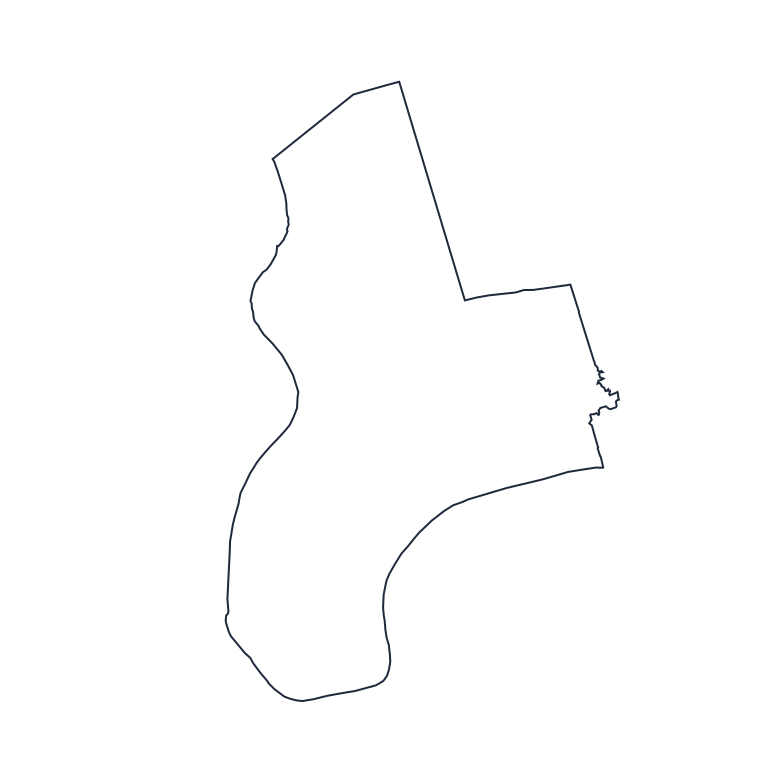 Sabach Sanjar, North Bank, Gambia, rotated 73°
{"feature_id": "56634734B86795933582352", "entity_name": "Sabach Sanjar", "entity_type": "district", "adm_level": 2, "iso_a3": "GMB", "parent_name": "Gambia", "parent_adm1": "North Bank", "projection": "albers", "projection_center": [-15.427, 13.542], "detail": "fine", "context": "isolated", "style": "outline", "palette": "slate", "viewbox_px": 768, "rotation_deg": 73, "n_neighbors": 0, "source": "geoboundaries", "source_scale": "gbopen_adm2", "svg_char_len": 2907}
<svg xmlns="http://www.w3.org/2000/svg" viewBox="0 0 768 768"><g transform="rotate(73 384 384)"><path d="M136.3,424.7L139.4,423.9L150.4,423.5L160.1,423.4L168.4,423.4L168.7,423.4L174.6,423.4L182.8,424.6L188.3,426.1L192.2,426.9L194.2,427.3L197.7,426.9L200.4,428.1L203.6,428.5L203.8,428.6L205.5,430.0L207.5,431.6L209.8,431.6L212.6,434.0L213.1,434.5L214.1,435.5L216.9,437.9L218.4,440.3L219.6,441.8L221.2,444.6L220.8,445.8L226.3,448.1L229.0,449.7L236.5,457.5L240.2,462.8L240.4,463.0L241.6,467.0L245.9,472.9L249.8,478.0L256.1,482.3L265.5,487.4L268.2,487.0L272.9,488.2L277.2,488.2L282.3,489.3L286.2,489.3L291.7,487.0L293.2,487.0L301.4,484.6L312.8,478.7L326.4,473.1L331.9,471.9L338.9,470.3L348.7,468.4L359.3,468.3L366.7,468.3L371.8,470.7L381.6,474.2L386.3,477.9L389.8,480.7L395.7,486.2L399.6,492.1L403.9,499.2L409.8,509.8L411.3,512.3L414.1,516.9L418.8,524.3L422.3,529.0L425.9,533.0L430.2,538.1L438.8,545.9L446.2,553.0L451.3,555.8L456.0,558.1L468.6,566.3L474.0,569.5L489.7,577.3L493.5,578.6L499.1,580.5L544.1,596.7L555.4,599.1L557.8,600.2L559.3,602.6L564.0,604.6L566.8,604.9L575.4,604.9L580.5,604.1L589.8,600.2L600.4,595.8L607.0,591.9L612.9,590.7L625.0,586.3L634.0,582.4L637.1,581.6L639.8,580.1L643.8,578.0L653.9,570.6L657.1,566.4L660.6,560.9L663.3,555.0L664.1,549.1L664.8,544.0L665.6,529.4L667.5,513.3L669.1,501.8L669.8,479.8L667.8,471.5L663.9,466.4L658.8,462.9L654.1,460.5L651.4,459.2L645.1,457.6L635.0,455.7L630.6,455.7L627.5,455.7L619.3,454.5L610.7,452.6L604.8,451.8L597.4,450.2L585.3,445.9L575.3,440.5L572.4,438.8L567.3,434.5L560.2,427.1L551.2,416.8L546.5,409.0L539.8,399.2L537.4,395.3L536.3,393.6L528.5,378.1L523.0,363.6L520.2,353.3L519.9,346.8L519.8,343.5L519.0,337.6L519.0,332.8L519.2,308.4L519.3,297.1L519.8,289.2L521.6,260.1L521.9,233.7L523.5,221.9L525.8,206.1L528.1,199.0L528.0,198.8L517.4,198.0L515.9,198.4L507.8,198.5L507.4,197.8L492.8,197.6L487.8,197.4L487.6,197.4L484.3,197.4L481.7,199.2L480.9,198.3L478.9,195.9L474.1,195.9L473.5,195.0L474.3,191.9L474.1,190.4L474.1,189.1L476.1,188.2L476.1,187.3L474.1,186.5L472.1,186.5L470.2,184.1L470.2,180.1L470.2,178.4L473.4,176.2L474.3,174.4L474.1,168.9L472.8,167.9L468.6,167.4L467.7,165.7L467.7,163.9L465.4,163.9L461.6,163.1L459.9,163.1L460.3,165.2L460.8,171.2L459.5,171.6L457.1,169.9L456.4,169.9L456.0,171.6L454.7,171.2L455.6,173.4L455.6,174.2L453.3,174.4L452.1,174.5L449.5,176.7L448.6,176.4L446.0,177.5L446.0,179.7L443.6,178.0L443.6,174.9L443.0,172.5L441.0,175.4L437.1,175.4L436.2,174.3L436.6,171.4L435.1,172.3L435.8,173.2L433.8,175.6L431.0,174.9L429.0,175.8L427.5,176.5L423.8,176.3L423.2,176.5L407.4,176.6L372.9,176.8L372.0,176.4L343.5,176.7L337.7,213.7L335.0,222.8L335.0,227.9L335.0,231.1L330.0,257.2L328.4,269.8L327.7,282.2L280.3,282.0L198.9,281.6L181.6,281.5L121.8,281.2L108.2,281.1L102.4,281.1L99.4,281.1L98.9,295.5L98.9,297.5L98.8,302.1L98.4,318.4L98.2,328.7L107.4,351.9L119.9,383.4L136.3,424.7Z" fill="none" stroke="#1e293b" stroke-width="2"/></g></svg>